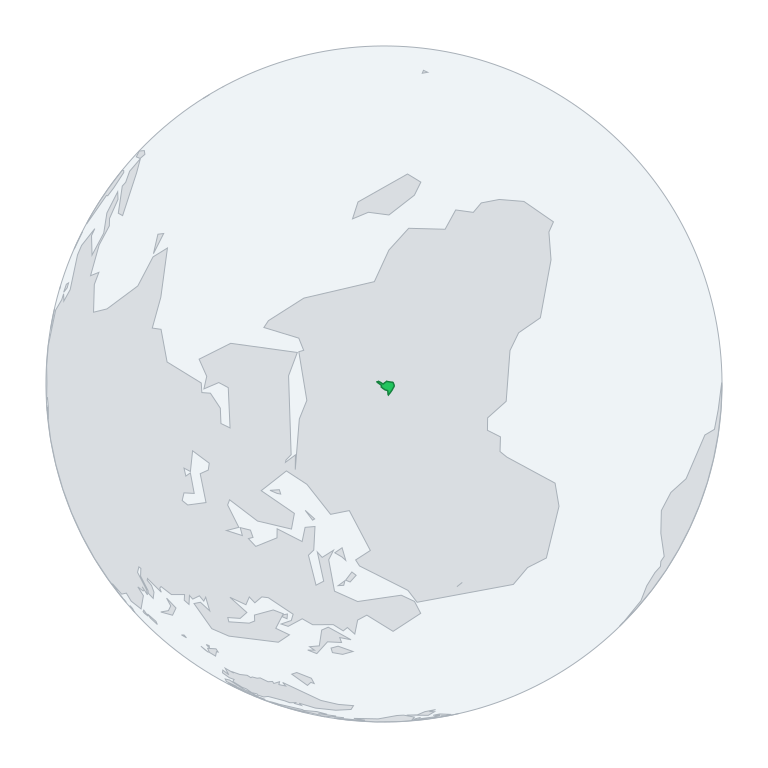 Northern Bahr el Ghazal highlighted on a globe, orthographic projection, rotated 215°
{"feature_id": "SDS-147", "entity_name": "Northern Bahr el Ghazal", "entity_type": "State", "adm_level": 1, "iso_a3": "SSD", "parent_name": "South Sudan", "parent_adm1": "", "projection": "orthographic", "projection_center": [27.804, 8.898], "detail": "fine", "context": "on_globe", "style": "filled", "palette": "green", "viewbox_px": 768, "rotation_deg": 215, "n_neighbors": 0, "source": "natural_earth", "source_scale": "10m", "svg_char_len": 8496}
<svg xmlns="http://www.w3.org/2000/svg" viewBox="0 0 768 768"><g transform="rotate(215 384 384)"><circle cx="384" cy="384" r="338" fill="#eef3f6" stroke="#a8b0b8"/><path d="M273.2,64.8L277.3,63.4L267.8,66.8L259.9,69.8L260.3,69.5L273.2,64.8ZM219.1,89.1L220.2,88.4L233.0,81.7L230.9,83.1L221.8,88.6L211.1,94.6L206.8,97.6L216.9,92.8L196.7,106.3L183.2,119.9L178.0,124.0L168.0,128.6L168.4,124.9L155.6,135.0L163.6,129.4L150.5,141.4L148.2,144.3L148.8,144.7L153.7,140.8L149.1,145.7L139.4,151.9L143.4,147.6L146.5,145.3L146.5,144.2L139.9,150.3L158.0,132.8L177.2,116.7L197.6,102.1L219.1,89.1ZM139.2,151.0L133.8,156.9L133.6,157.1L139.2,151.0ZM52.1,320.6L52.0,322.2L51.2,326.2L49.2,353.8L53.0,369.4L53.9,384.9L52.9,393.1L55.5,397.6L55.6,403.5L71.6,420.5L84.2,439.4L86.8,459.7L82.2,479.7L91.9,526.3L87.3,536.4L95.5,554.7L108.2,578.9L106.0,576.1L92.9,555.6L81.3,534.2L71.3,512.0L62.8,489.1L56.1,465.7L51.1,441.8L47.8,417.7L46.2,393.4L46.4,369.0L48.4,344.7L52.1,320.6ZM233.2,81.6L232.6,81.9L233.2,81.6ZM244.1,76.4L241.7,77.5L241.8,77.4L244.1,76.4ZM304.9,55.5L305.9,55.2L301.3,56.4L298.1,57.2L304.9,55.5ZM287.2,61.3L288.8,60.4L294.1,58.9L287.2,61.3ZM307.8,54.8L309.4,54.4L311.7,53.9L313.5,53.6L307.8,54.8ZM322.2,51.9L309.2,54.7L305.1,56.3L300.2,57.5L307.6,54.9L322.2,51.9ZM323.1,51.6L321.4,52.0L316.3,53.0L315.2,53.2L323.1,51.6ZM322.0,52.1L325.1,51.4L322.3,52.0L322.0,52.1ZM331.5,50.4L327.3,51.2L325.8,51.3L331.5,50.4ZM334.7,49.8L338.3,49.3L327.8,50.9L334.2,49.8L334.7,49.8ZM340.4,48.9L338.9,49.1L339.2,49.1L340.1,48.9L340.4,48.9ZM339.6,50.0L326.7,52.0L323.4,52.1L336.4,50.0L339.6,50.0ZM648.1,173.2L644.4,168.7L648.1,173.2ZM642.4,166.3L646.6,172.1L638.7,162.6L645.9,172.8L652.2,180.2L651.4,177.7L661.0,191.9L670.8,205.4L681.1,223.0L695.4,256.3L696.3,268.1L698.2,274.2L693.8,268.3L695.2,281.3L709.1,314.0L711.2,324.1L710.0,345.4L708.7,337.8L697.1,322.1L700.1,346.8L709.1,365.2L712.4,388.7L707.8,382.7L703.8,362.2L699.7,356.0L697.1,334.5L686.5,304.4L681.6,311.9L678.4,299.4L663.1,276.2L654.0,286.6L641.9,323.1L646.1,355.6L639.4,371.2L616.6,327.1L605.9,296.9L598.0,300.9L574.3,277.6L534.3,280.0L528.3,272.5L520.9,276.9L504.2,270.3L494.9,258.1L484.9,259.7L509.5,291.7L520.2,290.4L528.7,276.7L533.6,288.6L549.7,298.3L532.9,329.4L473.1,360.1L466.9,336.0L419.5,272.8L420.7,265.5L420.4,264.7L419.8,263.3L415.9,275.1L407.6,263.0L433.3,306.8L437.8,326.3L472.3,361.6L469.1,365.5L480.1,372.7L514.8,361.4L515.0,369.6L498.9,408.4L450.6,462.3L456.8,496.5L453.1,525.7L422.7,545.8L425.1,567.7L409.3,575.8L408.2,588.1L395.4,601.3L374.1,613.8L338.2,614.0L336.1,603.1L318.4,581.5L293.9,527.9L303.1,503.2L300.0,483.7L274.0,439.9L279.7,415.7L272.7,405.4L258.3,407.5L250.2,395.2L241.4,394.6L187.0,400.9L170.5,384.2L151.2,334.6L161.1,316.0L163.1,294.0L231.7,224.2L246.0,228.7L299.7,220.9L306.3,223.6L299.7,239.8L339.8,260.4L353.0,246.6L389.6,257.6L414.1,256.8L423.4,226.2L383.2,226.6L376.6,212.1L409.0,199.2L444.1,200.6L442.7,195.2L420.7,183.3L429.0,173.6L413.1,178.6L419.4,183.9L409.6,187.7L403.3,183.2L406.4,179.6L395.9,177.4L383.4,196.6L388.5,204.1L360.7,208.0L366.4,221.3L358.8,227.7L346.3,207.7L347.7,200.4L324.3,180.2L320.3,187.9L342.2,208.1L335.2,206.5L330.0,218.9L328.5,208.3L305.7,185.9L280.8,190.7L248.7,220.9L234.3,223.4L222.4,217.2L234.7,186.6L265.5,184.8L270.2,175.5L264.5,162.4L274.3,163.5L275.8,158.4L287.5,157.8L304.4,145.9L316.3,144.8L323.5,130.5L330.6,128.4L324.3,137.1L326.4,143.3L356.2,142.6L362.0,139.5L364.3,130.7L372.2,132.3L370.5,124.0L387.9,120.9L365.3,118.2L367.4,109.5L378.0,103.1L374.7,100.2L357.2,110.8L354.0,115.7L357.6,120.4L345.1,135.4L334.7,138.0L332.5,121.8L317.6,124.3L322.4,111.9L366.5,88.5L384.7,84.8L413.7,95.2L409.2,99.9L396.6,98.2L407.8,107.1L407.1,102.8L413.7,104.6L417.3,98.1L422.1,99.2L417.3,91.6L423.6,92.3L426.6,97.1L437.3,89.6L450.5,90.2L450.6,88.1L447.0,85.7L466.2,89.0L465.4,87.4L458.8,85.6L453.0,81.5L450.1,76.0L457.0,77.4L458.9,79.5L473.2,87.0L477.4,93.5L479.9,93.6L477.9,88.4L460.4,79.2L456.8,75.6L465.8,79.2L462.2,77.6L462.6,76.3L469.3,76.6L459.7,72.6L454.0,60.4L466.5,61.1L475.1,64.9L478.4,61.4L492.1,64.7L486.0,62.7L483.4,61.2L479.1,60.0L476.0,59.1L473.1,58.0L497.4,65.7L521.1,75.1L544.0,86.4L566.0,99.3L586.9,113.8L606.7,129.9L625.3,147.4L642.4,166.3ZM208.0,259.8L206.1,266.2L206.1,266.3L208.0,259.8ZM481.7,218.9L502.5,219.5L492.4,201.3L499.6,200.4L493.5,194.9L491.6,200.1L476.7,185.5L485.4,180.1L482.5,172.8L475.4,172.3L461.8,184.8L483.1,205.1L478.6,212.7L481.7,218.9ZM52.0,322.1L51.4,326.5L51.3,325.7L52.0,322.1ZM151.1,141.0L151.7,140.7L151.1,142.2L149.1,143.5L151.1,141.0ZM162.6,139.0L155.0,146.9L159.0,141.7L154.7,144.5L157.7,138.0L175.5,125.8L166.9,132.1L162.6,139.0ZM166.7,127.3L162.8,131.9L166.4,127.4L166.7,127.3ZM272.2,134.4L275.9,137.3L271.2,142.9L256.0,147.1L262.8,138.8L272.2,134.4ZM282.4,140.4L284.4,124.6L293.9,122.3L288.3,126.1L294.3,126.1L286.8,132.4L293.9,146.7L290.2,152.8L264.3,155.6L274.8,150.9L270.5,147.9L282.4,140.4ZM272.8,97.6L273.8,93.2L293.1,93.4L290.0,97.6L274.7,101.3L269.4,98.6L272.8,97.6ZM257.7,71.2L256.9,71.3L259.6,70.2L262.5,69.3L257.7,71.2ZM285.3,60.8L293.0,58.6L298.1,57.3L297.6,57.6L291.0,59.3L295.2,58.5L285.3,61.3L287.5,61.0L264.3,70.4L262.2,70.7L251.2,77.1L241.2,80.8L248.7,76.3L232.8,84.5L235.5,81.9L225.4,87.7L243.0,77.3L244.8,76.2L246.6,75.9L255.7,72.4L260.2,70.5L274.2,64.8L282.3,61.8L285.3,60.8ZM351.9,57.2L344.4,56.8L351.1,60.1L341.3,61.0L342.7,61.4L335.4,63.4L329.0,66.9L324.6,67.1L324.0,68.4L319.2,70.2L316.9,72.2L308.2,73.6L304.7,76.4L302.5,75.5L298.8,80.2L297.7,77.5L291.3,80.2L295.8,81.4L254.2,88.6L237.7,95.3L224.5,103.0L224.3,98.5L236.4,89.1L254.3,79.2L270.3,73.9L267.3,73.4L274.0,71.0L273.6,72.4L278.3,68.9L283.7,67.5L299.7,61.6L303.1,58.6L309.0,56.8L310.4,57.3L315.3,55.3L321.9,55.3L326.3,54.2L337.2,53.6L337.3,56.0L342.2,54.7L350.7,54.8L351.9,57.2ZM342.5,49.9L344.9,51.3L340.6,52.9L323.4,53.5L318.6,54.4L307.4,55.9L313.8,53.8L316.4,53.5L320.4,52.7L316.8,53.6L322.7,52.4L326.4,52.1L332.0,51.3L331.3,51.8L342.5,49.9ZM314.2,217.6L319.3,218.2L327.5,217.5L324.4,225.8L314.2,217.6ZM298.2,202.4L302.9,201.3L302.5,211.6L297.1,211.3L298.2,202.4ZM305.9,192.5L303.2,200.5L301.5,196.0L305.9,192.5ZM328.8,136.1L333.9,135.0L334.2,137.0L331.2,140.2L328.8,136.1ZM369.7,70.7L366.1,69.3L367.7,68.6L365.9,64.5L373.0,64.0L376.9,66.3L369.7,70.7ZM416.4,231.5L409.1,237.4L405.5,234.6L408.7,233.1L416.4,231.5ZM364.4,231.5L376.1,235.3L363.4,233.7L364.4,231.5ZM377.2,69.4L375.6,67.7L380.2,68.6L377.2,69.4ZM378.2,63.6L383.6,64.2L373.7,63.5L378.2,63.6ZM530.9,660.5L531.6,663.6L527.0,664.4L530.9,660.5ZM509.7,518.2L485.2,569.5L469.6,570.5L467.4,556.1L476.9,525.3L495.3,515.7L504.5,501.2L509.7,518.2ZM718.1,434.5L714.2,437.7L711.6,435.0L713.1,428.9L717.2,428.0L718.1,434.5ZM712.8,428.8L707.8,415.1L694.7,372.0L699.6,371.5L711.9,396.0L711.3,401.1L714.4,412.4L712.8,428.8ZM720.8,356.2L721.4,365.6L721.7,371.5L721.9,385.9L721.7,393.8L721.0,408.9L719.6,409.5L718.5,408.0L717.9,389.6L718.3,379.7L719.5,379.3L719.4,344.3L720.2,349.7L720.8,356.2ZM647.6,358.5L655.1,377.0L650.8,380.9L647.6,358.5ZM716.3,322.6L718.3,336.0L715.1,316.7L715.4,318.1L716.3,322.6ZM701.4,283.5L700.4,285.9L698.7,281.1L699.0,275.4L701.4,283.5ZM688.9,238.3L695.0,251.8L697.0,256.6L693.5,248.7L688.9,238.3ZM436.1,69.2L430.6,74.7L431.4,79.9L439.3,83.9L425.9,81.2L424.6,73.3L436.1,69.2ZM451.1,61.0L444.1,58.5L448.6,58.8L450.8,59.4L451.1,61.0ZM445.9,60.0L434.7,58.8L431.7,57.0L441.1,58.3L445.9,60.0ZM406.0,62.3L403.8,63.7L400.2,62.8L406.0,62.3ZM686.2,535.2L686.5,534.6L686.2,535.2ZM692.9,521.0L695.5,515.1L695.9,514.0L692.9,521.0ZM705.1,278.8L704.0,275.5L704.0,275.4L705.1,278.8ZM473.6,58.5L469.7,57.3L471.9,57.8L473.6,58.5ZM459.9,54.7L460.1,54.9L457.0,54.1L459.9,54.7ZM461.2,55.9L458.9,54.7L465.2,56.8L461.2,55.9Z" fill="#d9dde1" stroke="#a8b0b8" stroke-width="1"/><path d="M384.5,379.9L385.1,381.1L385.4,381.4L387.7,381.5L390.0,381.5L390.3,381.5L390.5,381.5L390.8,381.6L391.0,381.8L390.9,381.9L390.8,382.0L390.7,382.0L390.4,382.1L390.2,382.4L390.1,383.0L387.5,383.4L387.4,383.4L386.9,383.4L385.8,383.4L385.2,383.4L384.9,383.5L384.7,383.5L384.5,383.8L384.4,384.2L384.3,385.0L384.2,385.3L384.1,385.6L383.9,385.9L383.8,386.1L383.4,387.8L382.6,388.0L379.1,389.7L378.4,390.1L378.0,390.3L377.9,390.4L377.6,390.4L377.4,390.4L377.2,390.3L375.2,389.0L374.9,388.7L374.5,388.2L374.3,387.6L374.2,386.7L374.2,385.9L373.9,383.9L373.9,380.0L374.1,378.0L374.1,377.5L374.6,377.7L375.7,379.0L376.7,380.3L377.0,380.5L377.5,380.6L379.8,379.8L381.3,379.8L381.6,379.8L382.4,379.8L382.9,379.9L383.0,379.8L383.8,380.0L384.4,379.9L384.5,379.9L384.5,379.9Z" fill="#22c55e" stroke="#15803d" stroke-width="1.5"/></g></svg>